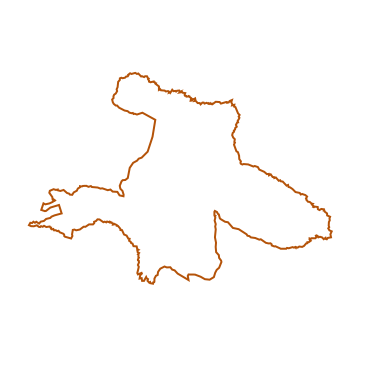 Sekyere Afram Plains North, Ashanti, Ghana (orthographic projection), rotated 17°
{"feature_id": "2480657B37542209080123", "entity_name": "Sekyere Afram Plains North", "entity_type": "district", "adm_level": 2, "iso_a3": "GHA", "parent_name": "Ghana", "parent_adm1": "Ashanti", "projection": "orthographic", "projection_center": [-0.752, 7.211], "detail": "fine", "context": "isolated", "style": "outline", "palette": "amber", "viewbox_px": 384, "rotation_deg": 17, "n_neighbors": 0, "source": "geoboundaries", "source_scale": "gbopen_adm2", "svg_char_len": 5997}
<svg xmlns="http://www.w3.org/2000/svg" viewBox="0 0 384 384"><g transform="rotate(17 192 192)"><path d="M53.1,253.2L56.9,253.3L57.9,252.8L61.1,248.3L68.6,243.3L73.6,250.6L67.3,254.6L64.8,256.7L64.1,258.2L60.4,260.4L58.8,263.0L56.0,264.6L55.0,266.9L51.8,266.0L50.8,267.3L49.0,266.8L48.2,268.4L46.4,268.7L45.8,271.4L48.1,271.7L50.8,271.0L53.4,269.2L55.7,270.1L57.0,269.9L57.6,268.8L59.4,268.9L60.4,267.6L62.9,268.1L66.0,266.6L67.1,267.5L67.7,267.3L68.0,268.4L68.9,268.7L70.2,267.9L71.3,269.0L72.8,268.4L74.6,268.8L75.7,268.1L77.3,269.2L80.9,269.5L82.1,270.0L82.8,271.6L83.6,271.9L90.0,271.8L90.5,269.0L89.7,267.7L89.1,263.1L90.6,262.3L92.4,262.5L95.7,260.7L98.5,256.9L100.3,256.4L103.0,253.1L106.8,251.9L107.6,250.4L107.1,249.1L108.7,247.8L109.6,245.8L111.6,245.3L116.1,246.8L117.2,245.9L118.9,246.1L119.4,245.1L121.5,245.1L121.9,244.4L123.3,244.6L123.2,245.0L124.2,244.7L124.8,245.3L126.2,245.2L126.1,246.2L127.8,245.3L129.7,245.6L129.9,246.3L131.1,246.1L134.2,248.1L134.7,249.3L136.2,248.9L139.4,252.5L142.2,252.8L144.7,255.2L146.0,255.0L146.1,257.0L148.0,257.6L148.7,258.6L150.2,258.7L151.9,260.9L155.0,260.2L156.3,262.6L157.6,262.9L156.7,263.7L157.7,265.5L159.2,265.8L158.6,267.4L159.1,267.5L159.8,270.0L160.4,270.3L160.0,272.3L160.3,273.1L161.2,273.3L161.9,274.9L161.6,277.6L163.0,279.1L163.4,285.5L164.4,286.6L167.4,284.1L167.9,284.7L166.8,286.8L167.2,290.1L169.0,289.1L170.3,291.6L172.1,291.0L173.0,286.7L174.0,287.9L175.4,288.2L175.4,289.9L177.4,291.1L178.2,290.4L178.7,291.4L181.5,291.1L181.3,289.8L182.2,289.3L182.2,288.6L181.4,285.8L182.0,282.7L183.4,281.4L182.9,278.5L183.3,277.0L184.1,274.6L187.5,271.3L189.9,271.5L193.3,270.3L195.7,272.0L198.3,272.0L202.1,274.2L214.4,277.2L212.5,273.5L212.8,271.9L219.0,270.1L225.0,270.5L229.8,271.6L234.5,270.7L237.8,267.0L237.8,262.4L238.4,259.2L240.1,256.5L240.6,250.3L239.9,249.1L237.2,247.1L236.1,244.5L232.7,242.5L230.7,237.6L229.8,233.5L227.2,228.6L225.6,220.7L224.3,218.3L224.1,215.8L222.0,212.7L221.8,209.7L220.7,208.3L221.1,207.9L220.2,207.6L219.2,204.3L219.4,203.4L221.8,203.9L223.1,205.3L224.2,205.6L226.3,209.0L227.2,209.5L232.3,210.8L235.2,210.4L241.6,214.4L247.5,213.9L256.6,216.5L257.8,217.6L259.8,217.4L261.6,218.2L265.9,217.5L270.3,217.9L271.6,217.1L277.5,219.0L280.3,218.8L282.1,218.1L283.4,218.7L283.9,219.8L286.6,220.0L287.6,219.5L293.6,220.3L298.7,218.7L299.2,217.7L301.0,217.5L304.3,215.3L305.8,215.4L306.8,214.4L307.7,215.0L307.8,214.3L309.3,214.3L310.5,212.8L313.4,212.3L314.9,210.8L316.2,207.8L317.2,207.3L317.0,206.3L318.3,205.9L319.8,203.9L318.3,203.1L318.0,202.0L319.4,202.0L320.0,201.2L323.5,200.2L324.2,198.8L323.2,197.6L323.7,197.1L325.0,197.3L326.1,198.4L327.5,197.4L329.7,197.4L331.8,198.6L333.1,196.8L333.8,197.8L334.7,197.8L335.3,196.2L338.2,194.7L336.7,191.9L337.1,188.8L334.6,188.5L332.9,186.9L333.5,185.5L332.6,184.3L331.7,180.7L332.0,178.8L331.2,177.0L331.3,175.3L328.1,174.9L327.4,173.0L324.7,172.0L324.0,171.0L323.4,171.2L323.2,170.0L320.6,170.4L319.2,172.0L317.4,171.6L316.6,169.6L313.6,170.1L313.0,170.9L312.2,170.8L312.4,169.9L310.4,169.0L310.9,168.0L309.8,168.1L307.5,167.1L305.8,167.4L303.6,166.0L303.6,165.3L302.9,164.8L303.4,162.7L301.3,161.8L297.9,161.7L296.7,162.6L295.3,161.4L291.0,161.8L287.3,159.8L284.5,158.9L282.9,159.0L281.8,157.2L280.6,158.3L275.7,155.5L273.8,155.8L272.9,155.0L271.7,155.9L267.9,153.6L266.6,154.6L266.1,153.8L264.7,154.1L262.1,152.1L260.8,153.5L260.2,152.2L258.4,153.0L255.2,151.6L249.8,150.9L247.7,148.9L244.4,148.8L243.2,149.7L237.7,149.2L233.1,150.2L232.1,151.0L230.4,150.7L229.8,150.0L229.8,148.4L227.6,146.7L226.4,143.5L224.3,140.5L222.6,140.1L218.3,134.4L218.6,132.2L217.9,131.9L217.5,129.0L215.5,127.9L213.8,125.9L213.7,123.6L214.6,122.0L214.1,121.1L214.9,119.6L214.6,118.2L215.7,116.5L214.4,115.0L214.9,112.4L215.7,111.9L214.9,110.7L215.6,108.0L215.6,107.1L214.6,106.3L215.0,104.4L213.1,103.4L208.7,98.1L207.3,98.0L207.0,96.2L205.0,97.4L205.0,96.4L203.3,94.7L203.3,92.4L201.4,94.0L200.9,95.6L199.7,96.3L199.6,95.8L198.5,95.9L193.8,99.0L192.1,97.9L188.3,98.8L185.8,102.2L184.9,102.3L184.8,101.8L183.6,102.3L183.3,101.9L182.7,102.7L181.9,102.3L181.7,102.8L180.0,102.4L178.1,103.8L177.1,103.1L175.8,103.5L174.6,105.7L173.4,104.7L171.4,105.3L168.8,103.7L167.8,104.2L168.2,102.6L167.6,101.6L166.9,102.5L165.5,102.9L165.5,104.4L164.0,105.1L163.7,102.4L161.8,101.8L161.6,101.3L160.7,101.2L160.4,101.8L158.8,102.4L158.3,101.8L157.1,102.0L156.5,101.3L156.6,99.4L154.0,99.8L153.4,99.3L151.0,100.5L151.5,99.4L151.1,99.7L150.1,98.7L148.0,99.6L147.4,100.6L146.5,100.2L144.8,101.0L143.2,100.0L142.2,103.7L141.3,103.2L140.9,103.6L140.9,102.8L139.7,102.5L137.5,103.5L136.2,103.0L132.6,103.8L131.7,103.1L131.3,103.5L130.6,102.6L130.3,103.3L129.5,100.7L125.8,99.3L125.8,98.7L125.1,98.9L124.3,97.9L123.0,98.0L122.9,97.6L120.2,99.2L118.6,99.0L118.4,98.1L117.1,97.1L117.4,96.2L116.5,96.0L115.2,94.5L113.3,95.0L112.6,96.1L110.3,95.9L109.6,96.4L106.0,94.4L104.9,95.2L102.9,94.7L99.6,96.8L98.1,96.6L96.7,98.6L97.1,99.0L96.7,100.2L95.3,100.8L94.5,102.3L92.3,103.5L91.0,103.4L89.8,104.4L90.2,106.0L89.2,108.2L90.2,113.6L89.9,115.8L90.9,117.4L90.3,120.1L89.1,121.7L88.9,123.4L89.5,125.1L88.6,126.9L90.1,129.4L91.4,130.6L93.8,131.6L95.1,131.2L97.6,132.7L103.7,133.8L106.8,133.5L108.9,134.4L111.3,134.3L112.3,133.7L113.3,134.5L114.4,133.9L116.7,134.0L121.4,130.7L135.8,133.7L138.1,150.7L137.8,166.4L133.8,173.9L131.3,175.7L130.3,178.1L127.2,181.3L125.4,187.1L126.5,197.4L124.7,200.0L122.2,201.0L121.5,202.4L121.1,207.2L122.5,209.8L125.2,211.3L127.4,214.6L127.7,216.1L123.7,216.4L120.6,213.7L116.0,214.8L113.3,213.5L110.9,214.9L105.2,214.7L103.4,215.5L100.5,215.3L94.8,216.5L93.6,215.9L91.5,217.3L89.1,217.0L85.9,218.1L85.1,218.9L83.2,219.2L83.5,220.2L81.8,222.1L81.5,224.4L79.0,227.0L78.3,229.7L76.0,230.2L75.0,229.5L72.8,229.5L68.6,227.6L65.8,229.5L63.1,229.6L62.9,228.9L61.2,229.8L58.8,229.8L55.7,232.4L55.8,234.5L59.9,237.7L60.8,239.7L61.5,239.4L63.5,240.1L63.1,240.7L61.9,240.5L61.8,242.1L59.0,244.6L55.3,246.7L53.3,246.3L53.1,253.2Z" fill="none" stroke="#b45309" stroke-width="2"/></g></svg>